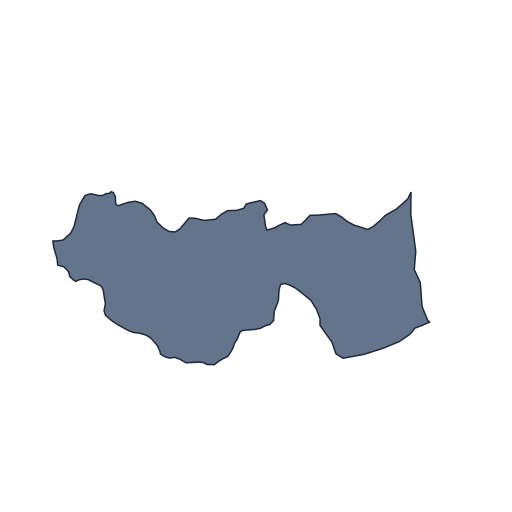 the district of Boganda, Lobaye, Central African Republic, rotated 210°
{"feature_id": "33826404B33100016317003", "entity_name": "Boganda", "entity_type": "district", "adm_level": 2, "iso_a3": "CAF", "parent_name": "Central African Republic", "parent_adm1": "Lobaye", "projection": "mercator", "projection_center": [17.223, 4.309], "detail": "fine", "context": "isolated", "style": "filled", "palette": "slate", "viewbox_px": 512, "rotation_deg": 210, "n_neighbors": 0, "source": "geoboundaries", "source_scale": "gbopen_adm2", "svg_char_len": 2166}
<svg xmlns="http://www.w3.org/2000/svg" viewBox="0 0 512 512"><g transform="rotate(210 256 256)"><path d="M439.4,167.4L435.6,162.5L426.9,154.1L423.1,148.9L417.1,150.6L410.4,148.7L407.1,145.1L402.2,144.0L399.2,144.0L397.1,147.3L393.5,150.0L389.5,151.7L384.0,151.9L380.5,152.2L374.8,152.5L371.0,149.8L367.8,145.7L362.6,139.4L360.2,132.6L356.6,129.3L347.7,127.7L340.1,127.4L328.7,127.7L324.1,128.5L318.1,131.0L311.0,132.6L305.3,132.1L301.0,130.7L296.7,129.1L292.3,126.1L289.6,123.3L284.7,123.1L279.8,124.4L275.5,127.7L270.6,128.5L267.4,128.5L263.3,128.5L253.0,135.1L248.4,137.5L244.3,137.5L237.8,141.0L235.3,147.0L232.4,151.9L230.2,154.9L229.9,160.1L229.9,164.5L231.0,169.9L230.7,174.2L231.0,177.0L231.8,182.1L230.5,184.6L226.1,187.9L220.4,191.7L216.1,195.5L212.8,200.6L209.8,203.4L208.5,208.8L210.7,213.4L212.6,217.3L213.9,226.5L214.7,229.5L215.5,231.0L217.4,234.7L219.1,238.2L220.2,242.3L220.2,243.9L217.2,246.6L213.4,247.5L206.0,248.0L195.7,246.6L186.2,245.0L177.0,240.1L169.1,233.6L165.9,227.9L147.2,219.4L137.9,211.3L129.5,211.0L113.2,224.9L99.5,240.0L89.3,253.3L83.7,264.9L82.9,268.2L82.4,272.8L77.5,278.9L72.6,285.5L75.5,286.4L86.9,295.3L100.5,315.2L112.2,323.4L120.0,340.0L143.1,369.9L153.7,388.9L153.1,381.3L155.0,375.3L158.0,366.6L161.3,361.2L164.3,355.7L166.2,348.9L169.4,339.7L172.7,334.8L179.5,333.4L186.5,331.8L194.4,331.5L201.4,332.6L208.2,332.6L222.9,322.3L229.6,318.2L231.0,311.9L232.6,306.0L238.1,302.4L241.6,300.0L247.6,299.4L248.9,297.5L251.4,294.0L253.8,289.9L259.5,283.9L262.5,286.4L265.2,289.9L269.8,295.6L269.0,301.6L275.0,306.0L279.8,306.2L286.9,299.7L290.4,296.2L290.4,291.3L295.6,285.8L303.2,281.2L306.7,275.2L309.4,267.6L318.9,260.8L327.9,258.1L333.0,255.3L334.1,249.1L335.5,241.2L338.2,236.3L343.6,233.8L350.1,233.8L358.5,235.8L364.0,240.1L370.5,243.1L381.3,244.7L387.8,243.1L393.3,238.7L397.3,234.4L400.3,230.9L401.7,230.3L403.8,231.4L406.0,234.7L407.6,237.4L409.8,238.5L411.2,239.6L413.6,239.3L413.9,237.4L417.3,234.8L418.7,232.0L422.4,229.7L425.8,228.7L430.2,227.3L432.8,224.7L434.4,222.6L434.4,217.9L434.4,211.8L428.3,190.6L427.9,183.2L431.1,173.3L435.2,170.0L439.4,167.4Z" fill="#64748b" stroke="#1e293b" stroke-width="1.5"/></g></svg>